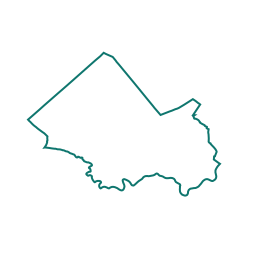 outline of Vinh Thuan, Kiên Giang, Vietnam, rotated 106°
{"feature_id": "81297802B62462651678890", "entity_name": "Vinh Thuan", "entity_type": "district", "adm_level": 2, "iso_a3": "VNM", "parent_name": "Vietnam", "parent_adm1": "Kiên Giang", "projection": "albers", "projection_center": [105.281, 9.542], "detail": "fine", "context": "isolated", "style": "outline", "palette": "teal", "viewbox_px": 256, "rotation_deg": 106, "n_neighbors": 0, "source": "geoboundaries", "source_scale": "gbopen_adm2", "svg_char_len": 5805}
<svg xmlns="http://www.w3.org/2000/svg" viewBox="0 0 256 256"><g transform="rotate(106 128 128)"><path d="M137.1,29.7L136.5,31.6L134.6,36.8L131.6,37.4L131.2,36.6L130.1,36.6L128.4,36.4L127.1,36.3L126.5,36.2L125.7,36.7L124.4,38.0L123.7,39.0L123.0,40.0L120.5,44.3L120.3,44.4L120.1,44.4L119.8,45.6L119.6,46.0L119.0,46.7L117.7,47.0L115.7,47.5L114.0,48.1L111.7,48.9L110.8,49.4L109.7,49.8L108.3,50.0L107.2,50.1L106.9,50.2L106.9,50.3L107.0,50.7L106.9,51.0L106.7,51.4L106.6,52.2L106.5,52.3L106.4,52.4L106.2,52.4L105.5,52.4L105.2,52.4L105.1,52.5L105.0,53.9L104.8,54.7L104.6,54.8L104.3,55.0L104.2,55.1L104.1,55.6L103.7,57.6L103.5,58.5L103.3,59.1L103.0,60.2L102.9,60.4L102.5,60.4L102.4,60.5L102.2,60.9L101.4,61.9L101.0,62.6L100.6,64.0L100.6,64.6L100.4,65.5L100.7,66.5L100.7,66.8L100.6,67.0L100.3,67.2L99.6,67.6L98.6,68.6L97.3,67.5L97.6,69.0L86.1,65.3L85.5,65.1L85.1,66.0L84.9,66.5L84.8,67.1L83.4,70.5L82.4,73.6L84.9,75.8L90.2,80.5L94.7,84.7L95.8,86.0L96.9,87.7L99.4,90.8L100.5,92.4L106.5,100.3L101.4,108.1L100.0,110.0L94.7,117.7L89.9,124.6L83.1,134.4L69.4,154.4L67.6,157.2L66.6,158.4L64.1,162.0L63.9,162.4L62.9,169.8L62.4,172.1L66.6,174.4L72.1,178.1L76.8,181.1L104.0,198.4L114.3,205.1L118.5,207.8L129.5,214.9L135.1,218.4L147.5,226.4L148.5,224.8L149.1,223.5L150.3,221.5L151.3,219.6L151.9,218.2L152.6,216.3L152.9,215.8L153.2,215.1L153.6,214.2L155.5,209.1L156.1,207.2L156.6,206.2L158.3,203.1L159.2,203.0L159.7,202.9L160.6,202.6L161.8,202.1L162.3,202.0L162.7,202.2L162.9,202.2L163.1,202.2L163.6,201.9L163.9,201.8L164.8,201.8L165.2,201.8L165.6,201.8L165.9,201.9L167.0,202.0L168.0,202.3L169.2,202.7L169.8,202.9L169.6,202.5L169.5,201.9L169.3,200.7L169.1,199.5L168.9,198.2L168.6,195.6L168.2,193.0L167.9,191.9L167.9,189.9L167.8,189.5L167.5,188.3L167.3,187.1L167.3,185.1L167.4,184.6L167.2,183.9L167.2,183.5L167.2,183.1L167.5,181.5L167.5,181.1L167.4,180.2L167.3,179.7L167.4,179.3L167.5,178.5L168.0,177.3L168.1,177.1L168.2,176.3L168.2,175.1L168.4,173.3L168.4,172.7L168.5,172.2L169.1,171.4L169.4,171.1L170.0,170.3L170.2,170.0L170.4,169.5L170.4,169.3L170.4,169.1L170.3,168.7L170.0,168.4L169.9,168.2L169.7,168.1L169.4,168.1L169.3,167.9L169.3,167.6L169.3,167.2L169.5,166.7L169.6,166.3L169.6,165.7L169.7,165.3L169.6,165.1L169.3,164.7L169.1,164.2L169.2,163.8L169.2,163.7L169.4,163.5L169.8,163.4L170.0,163.4L170.3,163.3L170.6,163.1L170.9,162.6L171.1,162.1L171.2,161.8L171.5,161.6L171.8,161.3L172.1,160.7L172.1,160.0L172.2,159.2L172.3,158.5L172.3,158.0L172.3,157.8L172.1,157.1L172.0,156.9L172.0,156.3L172.1,155.6L172.3,154.3L172.4,153.9L172.6,153.5L172.9,153.0L173.2,152.7L173.5,152.5L173.6,152.4L173.8,152.4L174.2,152.5L174.8,153.1L175.5,153.8L175.8,154.1L176.2,154.4L176.6,154.6L176.9,154.6L177.0,154.6L177.3,154.3L177.4,154.1L177.5,153.4L177.8,153.1L178.1,152.8L178.6,152.5L179.0,152.3L179.8,152.0L180.1,152.0L180.3,152.1L180.5,152.4L180.7,153.0L181.0,153.6L181.7,154.3L182.2,154.8L183.0,155.3L183.3,155.4L183.7,155.4L183.9,155.3L184.1,155.1L184.5,154.4L184.8,153.5L184.9,153.3L184.9,153.2L184.3,152.4L184.0,152.0L183.9,151.8L183.8,151.5L183.8,151.0L183.9,150.6L184.0,149.9L184.1,149.7L184.4,149.4L184.7,149.3L185.0,149.2L185.7,149.1L186.0,148.9L186.4,148.6L187.2,148.0L187.9,147.2L188.4,146.6L189.1,145.6L189.2,145.4L189.3,145.2L189.2,144.9L189.1,144.7L188.6,144.4L188.0,143.9L187.5,143.1L187.3,142.8L187.2,142.4L187.0,141.8L186.8,140.9L186.8,140.4L186.8,140.0L186.9,139.7L187.1,139.4L187.5,139.0L187.7,138.9L187.8,138.9L188.0,138.9L189.1,139.5L189.9,139.8L190.2,139.9L190.6,139.9L191.0,139.9L191.4,139.8L191.9,139.6L192.3,139.5L192.8,139.0L193.1,138.7L193.5,138.1L193.6,137.7L193.2,137.2L192.0,136.3L191.7,135.9L191.1,134.9L190.9,134.0L190.9,133.3L191.0,132.0L191.3,130.8L191.3,130.2L191.3,129.7L191.2,129.5L190.3,128.8L190.0,128.5L189.7,128.1L189.1,127.3L188.7,126.2L188.6,125.8L188.5,124.6L188.5,124.1L188.6,123.2L188.7,122.4L188.8,121.6L189.3,120.3L189.4,119.9L189.7,118.8L189.8,118.0L189.8,117.4L189.8,117.2L189.7,116.8L189.5,116.4L189.2,116.0L188.9,115.8L188.6,115.6L188.1,115.4L187.6,115.3L186.6,115.2L185.9,115.2L185.4,115.3L185.0,115.3L184.7,115.5L183.7,116.0L183.2,116.4L182.5,117.0L181.6,117.7L180.1,118.6L179.8,118.6L179.4,118.7L179.1,118.6L178.8,118.4L178.5,118.1L178.4,117.9L178.2,117.5L178.2,116.8L178.3,115.6L178.7,113.4L179.1,112.2L179.4,111.6L180.2,110.5L180.8,109.9L181.6,109.0L181.7,108.8L181.9,108.5L181.9,108.0L181.9,107.2L181.7,106.7L181.4,106.5L180.5,105.8L178.7,104.7L177.5,104.0L176.9,103.6L175.9,102.9L173.5,100.8L173.1,100.5L172.8,100.3L171.7,99.9L171.2,99.7L170.8,99.4L170.1,98.8L169.5,98.0L169.3,97.5L169.1,97.1L169.0,96.6L168.8,96.1L168.7,95.1L168.5,94.5L168.0,93.5L166.6,90.7L165.9,89.8L165.7,89.5L164.7,88.9L164.4,88.6L163.9,88.0L163.9,87.8L163.8,87.5L163.8,87.2L163.9,86.8L164.1,86.3L164.7,85.4L165.0,84.7L165.1,84.3L165.1,83.9L165.0,83.1L165.0,82.3L165.0,81.3L165.6,79.2L165.7,78.3L165.7,77.9L165.7,77.5L165.4,76.4L165.0,75.1L164.5,74.1L164.1,73.0L164.0,72.2L163.9,71.8L164.0,70.6L164.1,70.2L164.2,69.8L164.7,69.0L165.0,68.7L165.3,68.4L166.2,67.7L166.6,67.2L166.8,66.8L167.0,66.0L167.4,64.3L167.6,63.4L167.7,62.9L167.9,62.6L168.0,62.4L168.3,62.2L168.8,61.9L169.0,61.9L169.3,62.0L169.6,62.1L170.2,61.8L172.9,61.2L174.9,60.4L175.4,60.0L176.3,59.1L176.7,58.3L177.1,57.7L177.2,57.0L177.3,55.9L177.3,54.6L176.9,53.7L176.2,52.9L175.7,52.6L175.1,52.5L174.1,52.4L172.8,52.7L172.2,52.7L170.8,52.5L170.2,52.1L169.5,51.6L169.1,51.2L168.5,49.9L168.1,49.1L167.6,48.1L167.1,46.6L166.5,45.8L165.4,44.6L164.5,43.9L162.7,43.1L161.5,42.5L158.5,41.4L157.7,40.9L157.1,40.4L156.5,39.9L156.0,39.3L155.6,38.6L155.3,37.7L155.3,37.2L155.3,36.4L155.8,33.5L155.8,32.7L155.7,32.3L155.6,32.0L155.2,31.5L154.4,30.8L153.5,30.1L152.7,29.8L151.8,29.6L150.6,29.7L149.9,29.9L147.3,31.3L146.6,31.7L144.7,32.2L144.0,32.2L142.9,32.0L141.2,31.6L139.6,31.0L137.7,30.0L137.1,29.7Z" fill="none" stroke="#0f766e" stroke-width="2"/></g></svg>